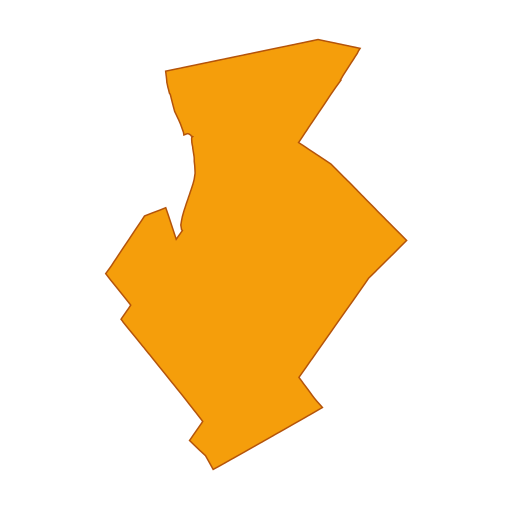 Comuna 10, Ciudad de Buenos Aires, Argentina (Mercator projection), rotated 81°
{"feature_id": "61730980B55355191537575", "entity_name": "Comuna 10", "entity_type": "district", "adm_level": 2, "iso_a3": "ARG", "parent_name": "Argentina", "parent_adm1": "Ciudad de Buenos Aires", "projection": "mercator", "projection_center": [-58.505, -34.627], "detail": "fine", "context": "isolated", "style": "filled", "palette": "amber", "viewbox_px": 512, "rotation_deg": 81, "n_neighbors": 0, "source": "geoboundaries", "source_scale": "gbopen_adm2", "svg_char_len": 3849}
<svg xmlns="http://www.w3.org/2000/svg" viewBox="0 0 512 512"><g transform="rotate(81 256 256)"><path d="M67.2,120.7L52.0,160.6L51.9,160.8L51.9,161.0L59.3,316.3L59.6,316.3L59.9,316.4L61.9,316.4L63.2,316.5L63.4,316.5L64.6,316.5L66.2,316.6L66.7,316.6L68.2,316.7L69.5,316.8L70.8,316.9L71.9,316.8L74.2,316.7L75.9,316.6L77.4,316.4L79.8,316.2L81.9,316.0L82.9,315.4L91.9,314.6L100.7,313.7L101.2,313.5L107.7,311.6L109.3,311.1L114.0,309.9L122.5,308.3L122.9,308.3L125.2,308.3L124.6,305.7L124.4,304.8L124.8,303.4L126.3,301.6L127.2,301.3L127.6,300.8L128.2,299.9L128.7,300.8L129.4,301.1L130.6,301.3L131.6,301.4L131.8,301.4L132.0,301.4L133.8,301.6L134.4,301.6L134.9,301.6L136.1,301.6L137.4,301.5L138.0,301.5L138.6,301.5L139.9,301.6L147.9,301.6L149.6,301.7L152.9,302.2L157.4,302.4L161.3,302.8L164.7,303.2L170.1,304.9L171.2,305.3L175.0,307.0L179.9,309.5L180.5,309.8L182.3,310.8L185.1,312.2L187.6,313.6L187.9,313.7L188.7,314.1L193.1,316.5L197.7,318.8L197.8,318.9L200.0,320.0L200.8,320.4L201.9,320.9L205.6,322.6L209.4,324.0L213.6,325.4L217.4,325.4L218.3,325.4L219.3,324.7L222.6,327.9L223.9,329.2L226.6,331.8L227.0,332.2L202.1,336.2L194.2,337.6L194.4,338.5L195.6,343.7L197.3,352.0L198.9,359.3L199.1,359.9L203.1,363.5L211.0,370.9L218.3,377.6L219.1,378.3L227.1,385.8L235.2,393.2L236.0,393.9L239.4,397.1L243.0,400.3L246.3,403.6L249.9,407.2L256.9,403.4L263.8,399.4L270.8,395.4L277.8,391.4L284.9,387.4L288.1,390.3L289.8,392.0L296.7,398.6L297.4,399.2L298.9,398.3L299.7,397.9L299.9,397.8L300.5,397.6L308.5,393.0L317.5,387.7L322.2,385.0L327.4,382.0L329.3,380.8L330.1,380.4L331.2,379.8L331.7,379.5L335.9,377.1L336.4,376.7L342.1,373.5L346.6,370.9L348.2,370.0L353.9,366.7L360.0,363.2L362.1,362.0L363.7,361.1L365.1,360.3L368.1,358.6L369.9,357.5L374.7,354.8L381.6,350.8L389.3,346.5L391.2,345.5L395.6,343.0L398.4,341.5L400.8,340.1L411.0,334.5L412.3,335.6L417.5,340.6L423.0,345.9L426.3,349.0L427.8,350.5L432.9,346.7L439.0,342.1L445.3,337.1L452.6,334.4L460.1,331.7L457.1,323.3L453.5,313.7L449.5,302.8L445.3,291.6L441.1,280.4L440.8,279.4L440.1,277.7L438.1,272.3L435.1,264.5L431.9,255.8L428.0,245.6L425.0,237.5L421.8,229.2L421.4,228.0L418.7,221.0L416.0,214.1L414.7,214.9L413.9,215.4L412.8,216.1L409.3,218.4L405.4,220.7L402.8,222.1L396.1,225.5L389.4,229.1L389.0,229.3L388.8,229.4L388.4,229.6L388.1,229.7L382.6,232.6L378.2,228.3L373.8,224.0L367.4,217.9L366.5,216.9L359.2,209.9L351.9,202.8L345.5,196.6L344.6,195.7L337.3,188.7L330.0,181.6L329.2,180.8L322.7,174.5L315.5,167.4L308.2,160.4L307.4,159.6L302.0,154.4L300.9,153.3L295.5,148.2L289.7,140.0L288.8,138.9L283.1,130.9L282.2,129.7L278.6,124.7L278.0,123.8L277.7,123.4L277.0,122.5L276.1,121.1L269.9,112.7L264.2,104.8L256.5,110.3L255.6,111.0L251.2,114.2L250.5,114.7L249.4,115.5L249.0,115.8L244.5,119.0L243.5,119.8L242.4,120.5L241.6,121.2L240.3,122.1L239.3,122.8L238.8,123.1L238.4,123.4L237.4,124.1L236.5,124.8L234.8,126.0L233.9,126.7L232.3,127.9L229.9,129.6L229.3,130.0L228.8,130.3L227.8,131.0L227.5,131.2L217.7,138.3L214.5,140.5L213.8,141.0L212.9,141.7L212.2,142.2L211.2,142.9L210.6,143.3L209.2,144.3L208.1,145.1L206.3,146.3L206.1,146.4L205.5,146.9L204.1,147.9L203.1,148.6L200.5,150.4L199.4,151.2L197.6,152.5L196.9,153.0L196.7,153.2L195.4,154.2L194.8,154.6L193.8,155.3L192.9,156.0L192.0,156.7L190.9,157.5L189.2,158.7L186.3,160.8L183.2,163.0L180.2,165.2L177.0,167.5L172.9,171.9L168.3,176.9L164.2,181.4L163.9,181.7L163.7,181.9L162.8,182.9L159.1,187.0L156.8,189.4L154.2,192.2L153.4,193.1L152.7,193.9L150.6,196.2L145.2,191.2L142.0,188.3L139.8,186.2L138.9,185.4L137.3,184.0L134.3,181.2L133.4,180.3L129.0,176.2L127.6,174.9L123.8,171.4L123.0,170.6L116.6,164.6L108.7,157.4L101.9,150.9L100.9,149.9L95.6,144.6L95.4,144.8L95.2,145.0L93.1,143.2L91.8,142.2L91.1,141.6L90.2,140.8L85.5,136.6L82.8,134.2L80.0,131.7L77.3,129.2L74.5,126.8L71.9,124.4L69.6,122.8L69.2,122.5L68.8,122.1L67.2,120.7Z" fill="#f59e0b" stroke="#b45309" stroke-width="1.5"/></g></svg>